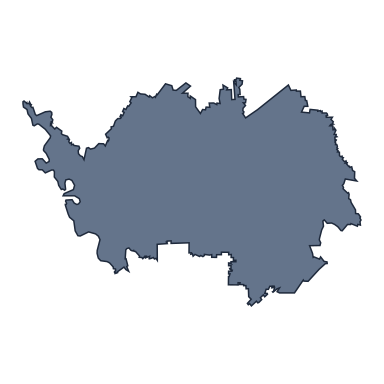 the district of Acayucan, Veracruz, Mexico
{"feature_id": "50627088B90009998079427", "entity_name": "Acayucan", "entity_type": "district", "adm_level": 2, "iso_a3": "MEX", "parent_name": "Mexico", "parent_adm1": "Veracruz", "projection": "robinson", "projection_center": [-95.057, 18.028], "detail": "fine", "context": "isolated", "style": "filled", "palette": "slate", "viewbox_px": 384, "rotation_deg": 0, "n_neighbors": 0, "source": "geoboundaries", "source_scale": "gbopen_adm2", "svg_char_len": 5922}
<svg xmlns="http://www.w3.org/2000/svg" viewBox="0 0 384 384"><path d="M243.9,99.1L243.6,96.6L238.3,96.9L238.2,94.6L240.1,94.5L239.8,89.2L238.8,87.5L242.1,84.2L242.5,80.8L239.9,80.3L240.4,78.6L236.6,78.1L236.1,79.7L234.5,79.8L234.4,81.1L236.0,81.4L236.3,85.0L233.7,82.0L235.0,99.4L231.7,99.6L231.3,89.6L226.7,89.9L227.7,87.9L223.0,85.1L223.4,89.2L220.2,89.7L219.1,98.5L220.1,103.5L217.0,103.1L216.8,104.6L213.7,103.0L209.2,103.1L209.8,107.3L206.1,107.1L205.5,109.8L202.6,109.5L200.4,113.5L195.6,106.8L195.5,99.6L190.3,96.0L190.3,98.4L187.8,96.7L188.0,93.2L182.5,93.2L190.5,86.1L185.9,82.9L176.3,90.4L173.1,90.1L171.8,85.7L165.5,83.8L157.3,94.7L156.7,94.2L155.5,97.1L155.1,96.4L152.4,97.8L149.7,95.7L149.1,97.0L145.1,94.3L140.5,93.9L137.9,92.3L136.0,96.7L131.0,96.8L131.8,97.6L129.8,101.7L131.1,102.9L128.7,106.3L127.7,105.9L125.9,109.5L123.9,108.5L122.6,111.6L124.2,112.4L122.7,115.7L120.9,114.7L120.1,116.6L121.3,117.1L120.6,118.4L117.8,118.6L116.6,119.7L115.3,121.1L113.5,126.3L111.1,126.9L111.4,128.7L105.6,134.2L107.2,137.8L108.2,137.2L109.0,137.9L108.8,140.1L108.1,141.2L107.6,140.6L105.3,146.0L103.6,143.8L98.8,143.6L94.5,148.1L90.5,149.1L88.5,147.6L86.5,148.2L84.0,159.7L82.3,156.6L80.3,155.8L78.5,153.7L78.2,150.7L79.7,148.2L78.9,146.2L74.0,145.5L73.2,144.2L71.5,144.8L71.4,142.5L69.9,143.3L68.8,141.7L69.4,139.7L67.7,139.1L68.8,138.5L67.5,136.3L62.4,134.6L61.4,133.6L61.8,131.1L56.5,127.3L54.8,129.0L51.1,125.2L50.5,125.5L50.6,123.6L51.5,124.2L51.4,122.8L52.3,122.8L51.4,121.7L52.4,121.4L52.8,119.8L50.9,117.2L51.9,114.5L51.7,112.4L50.2,111.2L45.3,111.8L36.7,115.6L35.3,114.4L32.9,107.3L31.8,107.5L30.6,106.3L31.3,104.8L30.0,104.7L30.5,103.9L29.5,102.0L28.9,103.6L26.9,103.6L26.8,102.6L26.3,103.0L24.0,101.0L23.0,101.7L23.0,103.9L23.5,107.1L27.0,109.5L28.0,113.9L31.4,118.4L32.9,125.2L34.2,125.8L37.3,123.9L38.9,124.2L45.3,129.3L50.6,135.9L50.2,137.8L44.4,145.8L43.5,149.3L43.6,150.6L46.2,153.4L49.2,159.3L49.1,161.5L46.2,163.1L42.3,158.8L37.9,158.9L35.1,161.3L37.5,168.4L38.9,169.7L42.3,169.8L45.3,172.9L51.7,170.0L53.5,170.1L54.4,171.7L54.3,177.0L57.8,181.4L58.7,185.4L61.3,189.5L62.7,189.0L64.7,190.2L65.6,189.3L64.9,183.1L65.8,179.9L69.1,179.1L71.9,180.4L74.6,185.3L73.4,189.6L64.2,193.6L63.1,195.8L74.6,195.8L79.3,198.6L80.2,201.7L78.6,203.9L76.9,204.5L74.2,203.1L72.1,199.7L66.0,200.1L65.6,201.1L66.6,203.3L66.2,204.4L65.3,204.4L65.4,205.3L68.2,214.1L69.6,217.3L73.8,220.8L75.2,230.9L77.9,235.7L80.2,236.0L88.6,231.9L95.6,233.9L98.4,236.2L100.0,239.7L97.2,250.5L97.1,253.4L98.3,258.1L100.7,260.7L107.1,261.6L109.6,262.9L113.2,266.9L113.4,268.7L115.5,269.0L115.7,270.3L114.4,272.0L115.0,273.3L115.5,272.5L116.1,273.2L117.6,272.6L117.3,271.9L124.0,267.1L125.9,269.6L128.7,271.3L126.7,266.5L127.8,265.8L126.0,258.7L125.2,258.8L125.8,249.8L126.8,248.6L128.9,247.9L130.8,250.2L132.3,250.9L133.7,250.4L134.0,251.3L135.5,251.5L139.5,256.0L139.2,257.3L141.8,257.5L142.8,258.7L144.1,257.1L145.1,257.7L145.0,256.2L146.5,256.2L146.4,257.5L149.6,256.3L149.0,259.4L149.6,258.0L150.5,258.6L153.3,257.5L154.4,259.0L156.0,258.4L157.3,260.3L157.2,244.3L167.2,243.6L166.4,242.2L167.1,242.2L167.1,241.1L171.1,240.9L171.1,243.4L189.1,242.8L189.0,252.9L191.3,252.8L190.9,254.2L192.4,253.8L193.1,256.2L195.0,254.4L199.6,256.5L200.7,255.5L202.9,256.6L204.4,255.5L204.4,254.4L209.5,255.1L211.7,254.6L211.7,257.3L216.5,257.4L216.6,254.7L221.4,254.7L221.4,252.2L228.7,252.3L228.7,254.8L231.3,254.5L231.1,257.5L234.2,257.6L233.4,257.6L233.4,260.3L235.9,260.3L235.9,261.7L231.0,261.7L231.0,263.0L230.1,263.0L230.7,263.6L228.6,263.0L228.6,265.7L231.0,265.7L231.0,268.5L229.7,268.5L230.1,269.4L232.3,270.2L231.9,271.2L228.6,271.2L228.6,273.9L230.0,273.9L229.1,276.6L228.5,276.6L228.4,284.8L238.1,284.9L238.1,282.7L240.1,282.8L239.5,284.5L243.7,284.6L243.7,285.7L245.9,285.6L246.1,288.8L248.4,288.7L248.7,296.7L251.2,299.2L247.4,303.4L248.3,304.7L249.7,303.7L251.4,305.9L256.4,301.2L257.8,302.9L258.9,302.4L261.7,299.6L260.4,297.7L263.3,294.9L264.7,296.8L267.5,294.2L267.2,293.4L264.8,293.3L266.1,289.3L268.4,289.3L269.8,286.3L272.1,286.2L271.8,287.8L273.0,287.6L272.9,286.1L274.3,286.2L274.6,287.6L273.5,291.3L272.6,291.8L273.0,292.2L277.1,288.8L279.5,287.9L277.1,291.7L279.5,292.9L294.5,292.9L303.3,280.0L303.9,281.1L308.1,281.3L319.1,269.3L325.3,263.7L327.2,263.5L327.0,261.9L324.1,261.4L320.6,256.9L319.5,259.1L314.0,256.9L313.2,257.4L312.5,253.3L309.6,245.7L320.0,245.5L320.7,242.8L319.3,239.9L319.6,238.0L321.7,229.9L323.5,226.2L322.9,221.1L323.7,220.3L324.3,219.9L327.2,223.3L331.6,223.0L334.6,224.4L337.8,226.7L340.9,230.5L342.2,230.8L347.5,224.5L350.6,224.5L350.9,223.6L357.4,226.2L357.8,224.4L360.4,225.1L360.0,221.7L361.0,220.0L359.9,218.0L360.5,216.9L358.3,213.8L355.6,213.5L355.5,209.9L351.1,202.4L350.5,199.7L348.7,198.6L349.1,194.3L348.5,192.7L347.7,193.2L343.1,188.8L343.5,187.5L342.4,185.4L343.8,183.7L345.3,179.0L356.8,181.0L354.5,178.3L354.7,171.7L352.6,170.5L351.7,166.8L349.9,167.4L349.5,166.3L348.8,166.5L346.7,164.1L347.2,162.8L345.9,163.0L346.5,162.5L346.0,160.9L344.6,161.8L342.3,159.2L343.3,157.7L342.2,157.4L342.1,156.2L340.5,156.6L339.5,155.6L339.4,152.2L337.5,151.9L338.2,150.9L336.8,149.5L337.8,148.5L336.9,147.8L337.4,146.4L336.8,144.6L335.5,144.6L335.8,143.1L335.0,142.1L336.3,140.0L335.6,139.5L335.1,140.6L334.8,137.2L336.9,136.7L335.9,135.8L336.2,134.5L334.1,134.4L335.9,130.2L334.5,128.3L334.5,129.7L333.0,129.8L332.7,125.8L329.8,125.8L330.8,124.5L333.3,124.1L332.4,123.5L333.3,121.8L331.0,119.4L332.4,117.2L326.3,117.3L326.1,115.8L327.6,115.4L327.2,113.8L326.4,113.0L322.1,113.0L322.1,111.1L320.6,111.5L320.4,110.6L317.8,111.2L317.9,110.2L310.1,109.4L309.5,112.9L301.5,112.1L304.2,106.3L307.8,106.3L306.7,100.6L305.4,100.5L304.8,96.6L301.0,96.7L300.4,91.1L296.4,91.1L296.3,90.0L290.9,90.4L288.4,85.0L257.5,109.7L245.6,117.9L242.6,113.4L243.6,113.1L243.9,111.8L242.8,110.6L243.1,108.2L245.5,105.5L243.3,102.8L245.5,102.8L246.0,99.4L243.9,99.1Z" fill="#64748b" stroke="#1e293b" stroke-width="1.5"/></svg>